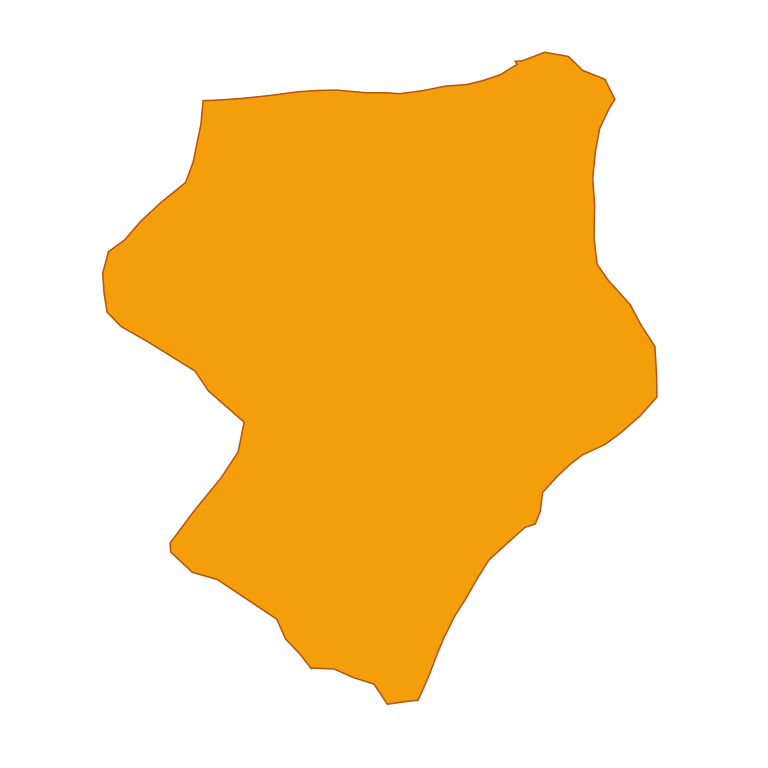 Dashkasan District, Daşkəsən, Azerbaijan (orthographic projection), rotated 176°
{"feature_id": "54616110B88384638285498", "entity_name": "Dashkasan District", "entity_type": "district", "adm_level": 2, "iso_a3": "AZE", "parent_name": "Azerbaijan", "parent_adm1": "Daşkəsən", "projection": "orthographic", "projection_center": [46.034, 40.48], "detail": "fine", "context": "isolated", "style": "filled", "palette": "amber", "viewbox_px": 768, "rotation_deg": 176, "n_neighbors": 0, "source": "geoboundaries", "source_scale": "gbopen_adm2", "svg_char_len": 1256}
<svg xmlns="http://www.w3.org/2000/svg" viewBox="0 0 768 768"><g transform="rotate(176 384 384)"><path d="M544.7,679.3L548.5,656.0L559.0,618.5L567.9,598.9L594.6,580.1L615.7,563.0L632.7,545.8L649.7,535.2L656.9,514.0L656.9,493.7L655.2,475.0L642.2,459.6L617.8,443.4L571.6,410.1L559.4,389.0L526.2,355.7L534.2,326.5L552.8,302.1L581.9,271.1L608.5,240.2L608.5,231.3L588.2,209.4L563.9,200.6L507.3,156.8L500.0,136.6L486.7,120.4L476.3,105.1L474.5,105.5L453.7,103.2L434.8,93.2L414.9,85.3L403.0,64.3L379.9,66.0L372.3,66.0L367.0,75.6L358.7,91.6L352.4,105.5L342.8,125.1L328.9,148.7L317.7,163.6L304.7,183.2L291.8,200.9L276.6,213.1L253.4,231.1L242.9,233.8L237.1,245.7L233.4,264.7L217.7,279.7L204.2,290.7L191.1,299.4L167.4,308.5L151.4,318.7L130.6,334.4L112.7,352.0L111.5,372.5L111.1,402.5L123.1,424.1L132.9,446.1L153.3,472.1L163.1,488.7L164.3,515.0L162.6,534.5L161.4,547.1L161.4,574.6L156.8,601.5L151.0,623.9L140.7,642.2L133.8,651.9L139.9,666.5L142.4,672.6L164.0,683.0L177.2,697.9L200.6,703.7L223.4,696.8L230.6,696.8L229.0,693.5L246.3,684.5L263.9,679.8L280.9,676.9L301.8,676.9L325.4,673.9L348.4,672.5L362.4,674.5L382.3,675.9L410.6,680.5L431.2,681.5L450.5,681.5L477.1,679.8L505.3,678.8L530.9,678.8L544.7,679.3Z" fill="#f59e0b" stroke="#b45309" stroke-width="1.5"/></g></svg>